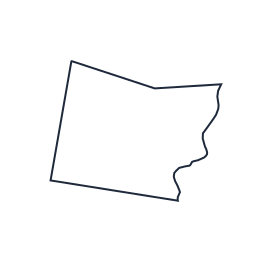 outline of Derriere Morne, Soufrière, Saint Lucia, rotated 119°
{"feature_id": "8701671B55959658835891", "entity_name": "Derriere Morne", "entity_type": "district", "adm_level": 2, "iso_a3": "LCA", "parent_name": "Saint Lucia", "parent_adm1": "Soufrière", "projection": "orthographic", "projection_center": [-61.051, 13.809], "detail": "fine", "context": "isolated", "style": "outline", "palette": "slate", "viewbox_px": 256, "rotation_deg": 119, "n_neighbors": 0, "source": "geoboundaries", "source_scale": "gbopen_adm2", "svg_char_len": 618}
<svg xmlns="http://www.w3.org/2000/svg" viewBox="0 0 256 256"><g transform="rotate(119 128 128)"><path d="M44.6,67.7L80.4,123.8L96.8,209.6L97.2,209.8L97.6,209.7L211.4,170.3L176.4,73.9L167.4,49.2L166.9,49.7L164.4,50.9L158.9,51.5L157.4,53.1L154.2,57.1L151.7,60.9L149.2,63.6L148.1,64.5L144.9,65.7L141.9,65.1L138.1,63.9L134.2,59.8L131.3,56.2L130.5,55.6L126.5,55.5L125.2,54.4L122.2,51.1L116.9,47.1L114.5,46.3L112.7,46.2L110.9,47.0L108.7,49.2L106.8,51.8L100.9,57.6L96.3,59.9L95.0,59.7L87.9,58.8L79.1,57.8L73.8,57.4L67.6,58.3L64.0,59.9L57.2,65.1L51.8,67.2L44.6,67.7Z" fill="none" stroke="#1e293b" stroke-width="2"/></g></svg>